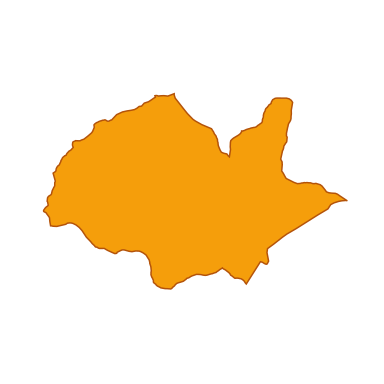 outline of Borsec, Harghita, Romania, rotated 76°
{"feature_id": "2599482B55641005837941", "entity_name": "Borsec", "entity_type": "district", "adm_level": 2, "iso_a3": "ROU", "parent_name": "Romania", "parent_adm1": "Harghita", "projection": "albers", "projection_center": [25.544, 46.966], "detail": "fine", "context": "isolated", "style": "filled", "palette": "amber", "viewbox_px": 384, "rotation_deg": 76, "n_neighbors": 0, "source": "geoboundaries", "source_scale": "gbopen_adm2", "svg_char_len": 6036}
<svg xmlns="http://www.w3.org/2000/svg" viewBox="0 0 384 384"><g transform="rotate(76 192 192)"><path d="M190.6,337.4L190.8,336.7L191.6,335.1L192.7,331.5L192.8,322.3L192.1,320.5L192.3,318.9L192.4,318.1L192.9,316.6L193.7,315.1L195.9,312.5L199.1,310.0L202.9,308.0L210.3,305.4L215.7,302.3L217.9,301.3L220.5,299.6L221.6,299.2L222.2,298.6L222.5,297.6L223.0,297.1L223.4,296.8L223.9,296.2L224.4,295.4L225.5,290.8L227.3,289.0L228.4,287.8L231.5,283.9L233.1,281.8L233.2,281.3L233.2,280.4L233.3,280.1L233.2,279.8L232.7,279.5L232.4,279.2L232.3,278.9L232.2,278.3L231.5,275.2L231.3,273.8L231.7,272.0L234.3,267.4L235.4,264.7L235.5,262.6L235.6,260.9L236.2,258.8L236.6,257.5L237.6,256.0L239.4,254.0L241.9,251.9L242.9,251.5L244.9,250.9L247.5,250.0L250.1,250.0L250.7,250.2L251.5,250.2L254.6,250.0L258.7,250.6L260.0,251.2L261.6,251.6L262.2,251.8L262.8,251.8L263.9,251.7L264.9,251.6L266.0,251.2L266.6,251.2L267.8,250.9L268.4,250.9L269.1,251.0L269.8,251.2L270.4,251.2L270.7,251.1L271.5,250.5L272.9,249.4L273.7,249.2L274.4,248.7L275.0,248.2L276.5,246.4L277.5,245.4L278.2,243.8L278.9,242.3L279.4,241.0L279.8,239.4L280.3,238.0L280.5,237.2L280.7,236.9L280.9,236.3L280.8,235.2L280.2,234.3L279.6,233.4L279.2,232.4L278.7,231.5L278.1,230.9L277.7,230.2L277.0,228.9L276.8,227.5L276.7,224.9L276.6,223.0L276.5,222.1L276.0,220.7L275.6,219.9L275.3,219.0L274.6,218.1L274.5,217.6L274.5,216.6L274.4,215.7L273.7,213.6L273.4,212.2L273.2,209.8L273.0,207.6L273.3,206.5L273.7,205.1L274.2,203.6L274.6,202.7L275.2,201.6L275.5,200.9L276.1,199.3L276.3,197.6L276.1,194.0L276.1,192.8L276.2,191.8L276.0,190.8L275.9,189.4L275.9,188.2L275.3,187.0L274.7,185.2L274.0,183.9L273.6,182.4L273.3,181.5L273.0,180.9L274.2,180.2L274.7,179.5L275.2,179.0L275.7,178.4L276.5,177.8L277.3,177.2L277.9,176.7L278.7,176.1L279.7,175.4L280.5,175.0L280.9,174.9L281.5,174.8L282.2,174.5L282.8,173.8L283.6,173.2L284.6,172.4L285.5,171.8L286.1,171.2L286.2,170.6L286.3,169.8L286.6,168.6L287.1,167.4L287.6,166.5L288.0,165.5L288.5,164.9L289.4,164.1L290.1,163.5L290.9,163.0L293.5,162.1L294.4,161.6L276.2,142.5L276.9,141.2L277.3,140.6L278.0,139.9L278.8,139.2L279.8,137.9L280.1,137.0L279.9,136.4L277.6,134.4L268.9,133.9L265.2,132.4L262.3,125.3L257.8,115.3L255.7,110.0L252.7,99.7L244.7,75.5L241.3,64.2L239.4,62.2L238.2,60.9L237.8,60.5L236.9,56.8L236.6,51.9L236.8,48.7L237.5,44.4L238.2,43.4L231.4,49.6L229.3,51.4L228.0,53.2L226.9,56.7L225.9,59.3L224.4,61.5L222.3,62.3L217.7,64.4L215.9,65.9L214.0,69.1L213.7,69.5L213.6,69.8L213.5,71.2L213.1,72.7L211.7,74.9L211.4,76.3L210.9,77.5L210.5,78.9L210.5,79.6L210.3,80.2L210.0,80.8L210.0,81.5L210.1,82.1L209.9,82.8L209.8,83.7L209.9,84.8L209.5,87.1L209.4,87.7L207.3,90.8L201.7,97.3L200.6,97.7L198.4,98.3L197.1,98.6L196.0,98.9L194.8,99.3L193.4,99.9L186.9,97.7L186.3,97.7L185.6,97.5L184.6,97.3L181.6,98.0L173.7,94.1L173.4,93.7L172.1,92.8L170.8,92.2L169.7,91.8L168.0,90.0L167.3,89.4L166.7,88.4L166.0,87.9L165.5,87.7L164.4,87.3L162.1,86.5L161.8,86.4L160.4,86.8L159.0,86.4L158.0,86.2L154.6,84.6L152.3,83.5L151.7,83.1L150.0,82.3L148.9,81.6L148.0,80.6L146.4,79.1L144.8,78.2L142.3,77.5L140.3,76.7L136.7,75.9L129.4,72.7L127.1,73.5L125.1,75.2L123.8,77.6L121.4,87.0L121.2,88.7L122.0,91.4L124.0,93.3L125.3,93.9L125.6,94.8L125.9,95.4L126.0,96.0L126.4,96.6L127.0,97.1L127.6,98.1L128.1,98.4L128.1,98.6L128.5,99.4L128.9,100.1L129.7,100.8L130.3,101.1L131.1,101.5L131.8,102.2L132.7,103.0L133.5,103.5L134.3,103.9L134.9,104.2L135.6,104.4L136.4,104.6L137.3,105.1L137.9,105.6L138.7,106.1L139.6,106.4L140.2,106.6L140.7,106.7L141.2,107.2L141.7,107.7L142.1,108.7L142.2,109.1L142.6,110.0L143.0,110.9L143.1,111.5L143.5,112.3L143.8,112.9L144.2,113.7L144.4,114.4L144.5,115.2L144.4,115.9L144.3,116.7L144.3,117.5L144.3,118.3L144.2,119.1L144.3,120.0L144.4,120.6L144.4,121.2L144.4,122.4L144.5,123.3L144.5,124.2L144.8,125.4L144.9,126.1L145.0,126.5L145.0,127.5L145.1,128.4L144.8,129.1L145.4,129.3L146.1,129.9L147.0,130.9L148.0,133.0L149.1,136.6L149.7,138.6L150.4,140.1L151.5,141.9L153.1,142.7L157.5,144.0L159.0,144.2L160.2,144.4L166.9,147.2L165.7,148.1L163.5,149.0L162.1,151.8L160.5,153.9L158.1,154.6L154.0,155.2L152.5,155.2L150.0,154.8L149.4,155.0L146.9,154.6L145.9,154.9L144.6,155.1L143.7,155.1L142.8,155.4L141.6,156.0L140.7,156.3L139.2,156.5L138.2,156.8L137.2,157.2L136.1,157.5L135.3,157.8L129.0,166.2L124.0,171.5L121.7,173.5L114.8,177.5L110.7,179.4L96.9,185.6L93.6,185.8L92.3,185.5L93.1,192.2L91.7,196.0L91.1,199.0L90.9,200.3L90.8,201.4L90.3,202.0L89.8,203.0L89.6,204.2L89.6,204.7L91.2,204.6L91.8,206.7L92.4,208.1L93.9,212.3L94.2,216.8L96.5,220.2L96.2,222.6L97.4,225.2L98.1,227.8L98.0,231.3L97.6,235.6L97.5,240.1L98.7,246.4L102.7,252.6L102.6,253.5L103.0,254.8L103.1,255.6L103.0,256.5L102.6,257.1L102.0,257.8L101.4,258.3L101.1,258.7L100.9,259.2L100.9,261.0L100.7,261.7L100.9,262.3L100.9,263.7L101.1,265.4L101.5,266.7L101.6,267.9L102.5,270.0L103.2,270.9L105.1,271.1L105.8,271.3L107.7,272.7L109.2,273.8L110.3,275.1L111.7,277.8L112.7,279.8L114.6,284.1L114.8,286.4L115.0,287.4L115.2,288.3L114.9,289.6L114.0,292.7L114.2,292.9L114.3,293.8L114.4,294.3L114.5,295.1L114.7,295.4L115.0,295.7L115.9,296.1L116.2,296.2L116.9,296.5L118.4,296.7L118.8,296.6L119.3,296.5L119.7,296.5L120.1,296.5L120.3,296.9L120.8,297.6L122.0,299.4L122.6,301.3L122.6,301.5L123.0,302.0L123.9,303.4L124.5,304.2L125.1,304.7L125.7,305.0L125.8,305.4L125.9,305.5L126.0,306.0L126.1,306.9L126.5,307.5L126.9,308.5L127.6,309.5L128.3,310.0L129.9,311.6L130.7,311.9L131.5,312.6L132.0,313.0L133.0,313.8L133.5,314.1L134.3,315.9L135.4,317.2L136.7,318.2L137.8,318.6L138.5,318.9L139.0,319.5L139.5,320.5L139.7,321.1L140.1,322.2L148.0,322.0L148.8,322.2L149.7,322.9L152.7,323.7L153.3,324.1L153.7,324.5L154.2,325.1L154.8,325.5L155.7,326.3L156.9,327.3L157.3,327.5L160.0,328.9L160.6,329.6L161.4,332.1L162.0,332.9L162.6,333.5L163.3,333.8L164.9,334.4L165.9,334.8L166.9,334.5L168.1,334.6L170.0,334.7L170.5,335.2L171.6,337.7L172.1,338.4L173.7,340.2L174.1,340.5L174.9,340.6L175.5,340.2L176.1,339.4L176.6,338.8L177.1,338.5L177.9,338.3L178.5,338.0L180.2,337.3L182.1,336.6L182.5,336.5L184.3,336.8L186.6,337.1L190.6,337.4Z" fill="#f59e0b" stroke="#b45309" stroke-width="1.5"/></g></svg>